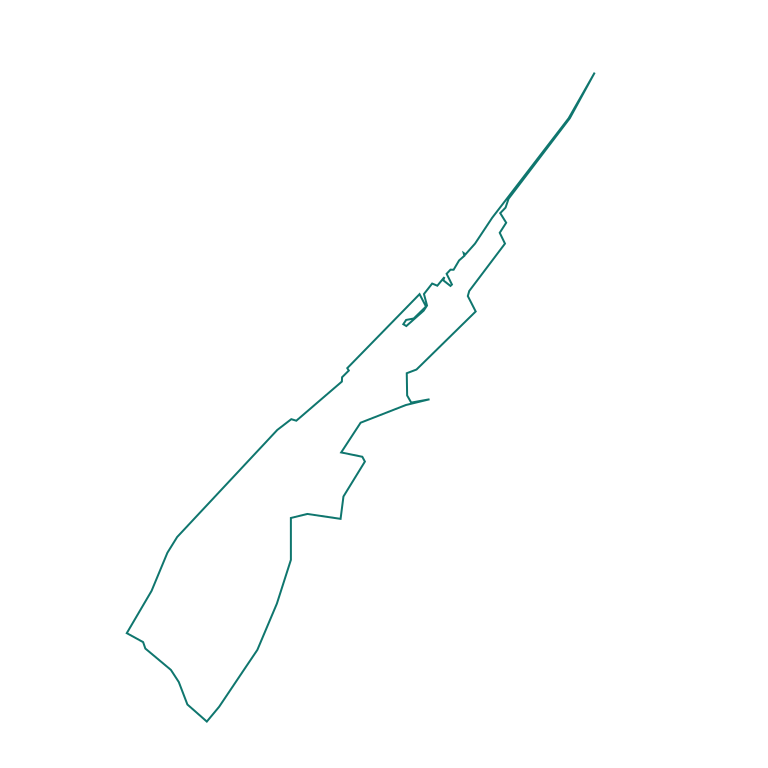 outline of South East Inner City Lea-5, Dublin, Ireland, rotated 308°
{"feature_id": "5873133B57887905689291", "entity_name": "South East Inner City Lea-5", "entity_type": "district", "adm_level": 2, "iso_a3": "IRL", "parent_name": "Ireland", "parent_adm1": "Dublin", "projection": "equal_earth", "projection_center": [-6.215, 53.339], "detail": "fine", "context": "isolated", "style": "outline", "palette": "teal", "viewbox_px": 768, "rotation_deg": 308, "n_neighbors": 0, "source": "geoboundaries", "source_scale": "gbopen_adm2", "svg_char_len": 1030}
<svg xmlns="http://www.w3.org/2000/svg" viewBox="0 0 768 768"><g transform="rotate(308 384 384)"><path d="M299.2,332.6L282.2,328.2L136.1,315.2L117.7,317.2L77.9,328.2L29.3,334.7L32.3,353.1L28.6,358.8L27.5,392.1L22.8,405.8L10.4,426.4L8.9,452.2L28.2,452.8L76.6,449.3L96.5,447.9L145.0,434.8L188.1,418.9L221.1,393.1L234.4,403.6L251.0,432.8L270.4,421.3L311.1,416.7L313.3,411.7L303.7,392.4L339.1,389.4L380.8,414.1L400.0,429.3L386.1,416.9L389.2,409.3L406.5,395.3L415.4,400.7L497.6,411.6L504.9,395.9L509.8,393.9L569.1,392.9L574.4,382.1L586.3,381.0L590.2,370.4L597.8,371.2L606.7,368.1L707.8,366.8L759.1,358.3L707.1,365.9L581.6,366.9L550.7,369.3L536.3,368.4L536.2,366.2L534.5,368.4L527.6,367.1L516.9,368.5L515.0,366.0L509.4,365.5L504.2,376.3L502.2,376.0L502.2,366.9L505.4,365.8L494.3,365.5L492.8,360.1L479.5,360.1L472.3,369.6L466.2,370.1L443.4,365.9L443.0,362.4L448.1,362.0L453.9,367.1L470.9,369.4L476.7,356.7L373.9,345.3L372.9,348.0L363.5,346.8L360.0,349.3L301.1,337.5L299.2,332.6Z" fill="none" stroke="#0f766e" stroke-width="2"/></g></svg>